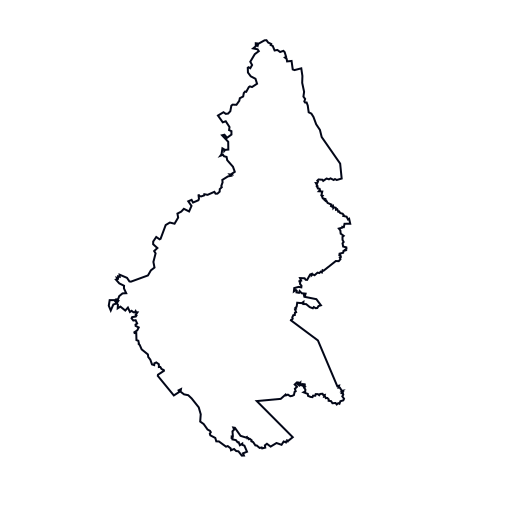 outline of Maulvibazar, Sylhet, Bangladesh, rotated 322°
{"feature_id": "16705992B62450131352427", "entity_name": "Maulvibazar", "entity_type": "district", "adm_level": 2, "iso_a3": "BGD", "parent_name": "Bangladesh", "parent_adm1": "Sylhet", "projection": "albers", "projection_center": [91.87, 24.487], "detail": "fine", "context": "isolated", "style": "outline", "palette": "ink", "viewbox_px": 512, "rotation_deg": 322, "n_neighbors": 0, "source": "geoboundaries", "source_scale": "gbopen_adm2", "svg_char_len": 6138}
<svg xmlns="http://www.w3.org/2000/svg" viewBox="0 0 512 512"><g transform="rotate(322 256 256)"><path d="M123.6,405.8L124.3,403.5L128.4,404.7L130.1,398.3L129.0,396.5L129.7,395.4L126.8,395.2L127.7,392.0L126.8,391.5L126.8,388.7L124.5,386.0L125.2,385.1L124.7,384.4L125.6,383.4L126.1,384.4L126.8,383.8L129.5,379.7L131.9,379.3L132.5,377.2L133.6,378.4L133.1,388.2L136.2,392.7L137.4,393.0L136.9,394.3L137.9,394.8L137.6,396.0L138.6,396.4L139.1,398.5L138.3,399.2L139.2,400.9L138.9,404.9L139.9,405.7L140.7,409.5L142.6,410.4L142.4,411.4L145.3,412.7L146.4,410.7L149.0,410.7L150.2,415.2L157.0,416.0L159.9,420.5L163.6,419.2L164.8,421.3L165.6,420.7L166.6,421.5L167.1,420.6L167.8,421.5L173.4,421.4L167.3,370.8L187.5,383.8L194.0,383.4L193.8,384.3L195.8,384.9L196.7,387.6L198.4,388.5L200.3,388.9L202.8,386.8L204.0,387.0L204.9,384.6L207.8,384.3L207.4,381.1L210.5,380.8L211.4,381.7L209.9,382.5L210.1,383.6L212.8,383.2L211.2,385.0L213.5,385.3L215.4,387.1L215.1,387.7L213.0,387.2L214.0,389.2L212.8,389.3L212.7,391.6L211.4,393.0L209.6,392.7L211.9,396.6L210.9,398.2L212.2,400.6L213.6,402.0L215.0,401.2L216.7,402.6L218.0,401.6L219.7,402.9L220.1,404.6L221.6,404.2L223.6,405.5L223.4,407.2L224.6,407.8L223.3,408.7L224.0,408.9L223.5,411.0L224.8,411.8L225.0,413.7L224.1,414.8L225.8,416.6L225.6,419.1L228.2,420.8L228.2,422.7L230.2,422.6L230.8,423.8L233.1,422.4L235.9,423.5L237.5,422.7L237.6,419.7L239.4,419.0L239.9,417.7L239.2,417.0L240.7,416.6L239.9,415.6L241.3,415.5L240.6,415.1L241.0,411.4L239.9,410.5L241.6,409.3L239.9,408.6L252.8,360.7L243.7,327.4L244.5,328.3L246.3,328.0L246.8,326.7L249.0,325.6L250.2,326.4L251.7,324.7L253.0,325.0L253.9,322.0L255.0,322.2L255.1,321.1L256.8,321.0L259.7,318.2L263.0,321.3L265.1,321.4L263.7,323.0L265.9,324.8L266.9,329.4L268.6,332.2L270.1,331.8L270.9,333.9L272.3,334.7L274.4,333.9L276.8,334.8L277.0,327.2L269.0,317.9L269.7,316.4L270.7,317.1L271.9,316.2L269.1,313.5L268.8,310.5L267.2,311.5L265.5,309.6L266.7,308.5L266.5,307.3L264.1,307.2L266.4,304.8L270.6,306.6L272.4,308.6L273.5,307.5L273.5,305.1L275.1,303.4L274.0,302.2L276.4,303.2L277.1,300.5L280.6,303.5L280.5,305.3L281.6,306.3L287.3,303.9L288.9,304.4L288.0,305.5L289.4,305.4L290.3,307.2L294.2,307.0L295.4,308.4L297.4,308.2L297.8,309.5L299.7,308.2L300.2,309.2L315.8,309.1L318.0,311.0L320.6,310.5L321.1,308.8L322.3,309.0L322.9,307.5L322.2,306.7L323.3,305.6L326.7,307.1L328.0,305.9L330.1,306.7L330.0,305.9L331.7,306.0L332.5,304.8L330.5,302.2L332.0,299.3L333.7,298.9L334.1,296.6L335.9,294.2L337.5,294.1L336.5,290.5L338.2,287.8L338.2,285.4L341.5,286.8L342.0,286.2L343.0,287.3L345.6,285.1L350.1,288.6L352.3,284.0L351.0,283.9L351.6,280.8L349.5,278.2L350.3,277.8L350.3,276.0L348.8,274.0L349.0,272.1L348.1,271.8L348.8,269.2L347.5,268.8L348.5,267.1L347.4,265.6L346.4,265.8L347.5,264.0L346.3,264.0L345.8,262.8L347.1,261.9L345.1,258.3L345.5,255.6L344.8,255.6L344.5,253.8L345.5,253.5L344.1,251.7L344.7,249.7L345.6,249.5L344.9,248.4L347.9,246.0L345.4,243.7L347.0,243.4L347.5,242.2L346.3,240.8L347.3,239.0L346.0,238.4L347.6,238.3L348.1,235.4L349.1,236.3L350.7,235.5L350.7,234.4L352.4,234.2L355.3,236.8L355.2,238.2L359.3,238.4L360.7,240.5L362.5,240.7L364.0,243.9L365.6,244.0L366.4,245.8L371.2,247.7L379.2,235.0L381.0,202.7L384.0,196.0L384.5,189.3L386.9,181.8L387.3,177.9L386.0,175.2L389.4,169.3L390.4,166.2L389.2,165.4L389.2,164.0L391.4,162.5L391.5,159.6L395.0,156.2L399.0,148.0L403.4,142.7L407.2,136.0L400.8,133.2L399.8,131.6L404.1,124.2L400.3,121.8L401.5,119.6L401.0,117.4L402.3,117.7L404.1,113.0L403.9,111.2L400.6,110.1L399.7,106.8L397.2,105.5L398.5,100.8L397.5,98.8L398.5,98.2L397.0,95.3L397.1,92.4L395.5,91.3L388.4,90.2L386.7,91.4L386.4,90.1L387.8,89.2L386.8,88.2L384.9,90.6L381.6,90.7L384.5,94.1L384.3,96.3L379.3,96.2L371.1,99.4L370.5,103.1L367.1,104.5L366.4,102.7L365.4,102.6L362.6,106.5L362.5,111.2L364.7,116.0L362.9,120.9L356.9,120.4L355.6,118.6L354.3,118.5L349.4,120.6L348.7,119.7L346.7,120.1L344.1,122.4L340.4,121.7L338.4,123.4L333.7,124.8L330.7,122.3L329.1,122.4L324.9,126.1L321.7,126.6L319.7,125.4L318.9,122.7L312.5,121.9L312.1,130.2L315.1,131.2L314.5,138.1L312.3,140.2L313.5,142.5L311.4,145.2L306.0,145.0L305.8,141.0L303.6,140.0L304.4,148.9L299.7,155.1L297.1,153.4L295.6,153.7L296.5,152.3L295.8,150.5L291.5,154.6L289.7,155.1L292.3,155.9L292.2,157.7L293.8,159.8L292.3,162.8L292.8,171.5L291.1,176.6L287.6,176.3L287.4,177.2L285.5,175.5L285.6,177.4L282.9,176.0L276.3,175.3L275.0,177.4L271.7,179.5L271.4,180.7L268.6,181.0L267.0,182.9L264.0,183.1L262.5,182.0L262.7,179.8L255.5,178.0L253.3,175.5L252.4,176.3L249.5,175.3L248.4,174.1L248.5,172.1L246.3,175.8L244.9,176.6L239.3,175.1L239.8,172.1L236.3,171.2L236.0,176.8L230.7,179.7L228.2,174.4L224.4,175.0L220.2,174.2L218.3,177.8L211.7,180.4L208.7,176.6L203.9,176.0L191.4,183.7L190.3,183.5L189.1,179.6L183.9,181.3L182.2,183.4L183.2,189.0L178.8,189.4L178.5,192.1L171.5,197.5L168.9,202.6L164.3,202.6L158.9,204.8L141.6,199.2L140.6,198.1L140.9,193.8L137.0,186.7L135.8,188.5L134.8,187.1L133.6,188.6L132.9,187.5L132.5,188.9L131.1,188.4L131.4,193.4L133.7,198.2L132.0,200.2L130.8,205.4L127.8,203.3L123.5,203.4L120.8,205.1L118.7,203.9L117.8,204.5L119.8,206.6L118.0,207.2L117.1,206.5L117.2,203.6L113.5,200.7L109.4,204.5L108.0,209.5L113.7,206.4L117.2,207.7L117.2,209.4L114.8,212.1L118.0,212.4L119.4,218.5L123.3,217.8L122.2,222.5L124.2,222.6L124.8,224.9L125.7,225.8L127.2,225.3L126.9,226.5L127.9,227.4L125.0,228.3L125.2,229.3L124.0,229.7L120.8,227.9L119.6,228.5L119.6,231.3L121.6,232.5L120.8,236.0L118.8,235.9L118.1,237.0L119.6,240.1L116.6,241.5L113.2,241.2L112.9,242.0L114.2,243.0L110.0,248.7L111.1,250.3L109.8,253.0L108.6,253.3L109.5,253.4L109.6,254.5L108.4,259.2L110.2,267.0L108.9,269.3L108.9,272.6L107.3,277.4L108.6,279.3L109.9,278.0L111.9,278.5L112.8,281.5L111.1,283.7L112.3,284.5L112.0,286.9L113.1,289.1L112.8,289.8L105.7,289.2L104.8,290.0L105.4,315.3L112.1,315.9L112.3,314.2L114.9,314.7L113.0,316.4L114.1,320.7L116.9,324.0L117.6,328.6L117.7,340.0L115.0,346.7L110.1,352.1L111.3,356.2L111.0,362.9L112.1,365.5L111.9,367.0L110.2,367.6L109.6,369.2L111.9,374.3L110.6,377.6L112.6,379.3L115.0,387.8L116.7,388.4L117.6,392.0L116.7,393.7L119.9,394.6L120.3,397.5L121.9,399.1L121.9,404.5L123.6,405.8Z" fill="none" stroke="#020617" stroke-width="2"/></g></svg>